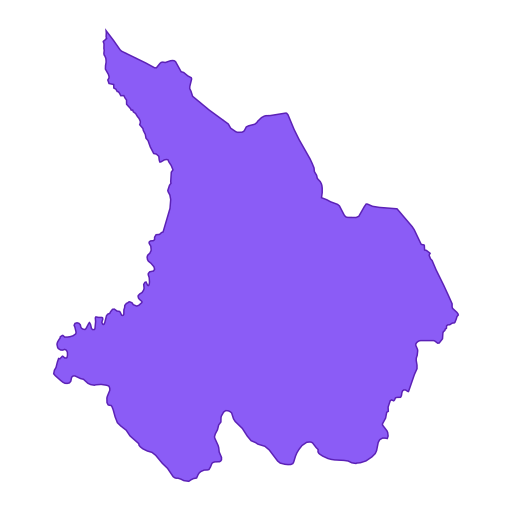 outline of Son Hoa, Phú Yên, Vietnam
{"feature_id": "81297802B61701358015931", "entity_name": "Son Hoa", "entity_type": "district", "adm_level": 2, "iso_a3": "VNM", "parent_name": "Vietnam", "parent_adm1": "Phú Yên", "projection": "robinson", "projection_center": [108.871, 13.205], "detail": "fine", "context": "isolated", "style": "filled", "palette": "violet", "viewbox_px": 512, "rotation_deg": 0, "n_neighbors": 0, "source": "geoboundaries", "source_scale": "gbopen_adm2", "svg_char_len": 5999}
<svg xmlns="http://www.w3.org/2000/svg" viewBox="0 0 512 512"><path d="M106.1,30.7L106.3,32.7L106.1,36.8L106.6,38.6L105.6,39.2L104.5,40.6L103.6,41.0L103.2,41.7L103.9,43.3L104.0,44.6L103.9,48.6L104.2,50.3L103.9,53.4L104.1,54.9L104.8,55.9L105.8,58.2L106.0,59.8L106.1,62.2L105.5,65.7L105.4,69.1L108.4,74.4L109.1,76.9L108.9,78.1L107.8,80.0L109.0,83.5L113.7,84.5L113.8,88.0L115.9,89.2L117.2,91.5L118.4,91.8L119.5,93.2L120.8,95.7L123.8,95.6L125.1,98.1L126.5,100.0L126.6,104.3L130.5,108.6L131.2,110.1L132.7,110.1L133.3,111.8L135.6,113.5L137.5,116.6L139.0,118.4L140.3,121.2L140.3,122.9L139.7,124.7L142.9,128.5L143.3,130.4L145.3,134.4L146.0,138.2L148.0,140.5L150.3,147.0L153.7,153.5L156.4,154.1L158.8,156.3L159.2,159.9L159.8,162.0L160.7,162.0L164.5,159.8L166.7,159.5L168.0,159.8L168.8,161.8L171.2,165.5L172.8,169.4L172.9,170.0L171.3,172.2L170.7,182.0L171.0,183.2L169.5,185.3L167.8,190.4L168.1,191.7L169.9,195.1L170.7,199.6L170.0,208.4L163.1,231.9L161.5,232.6L159.5,234.4L156.1,234.7L154.7,237.0L154.5,238.0L154.7,239.2L154.0,240.2L153.2,240.7L150.7,240.9L149.5,241.6L149.1,242.3L149.2,243.4L150.8,246.2L151.2,250.3L149.9,253.1L147.7,255.2L147.1,257.1L147.5,259.6L148.4,261.2L151.0,263.3L153.9,266.7L154.6,269.2L153.5,271.0L149.7,271.8L148.3,273.5L148.2,274.7L149.2,277.7L149.5,282.0L149.3,283.8L148.8,285.2L148.3,285.6L147.6,285.3L146.0,282.0L144.9,282.4L143.7,284.4L144.1,288.3L143.6,290.1L142.1,292.5L139.8,293.9L138.2,295.6L138.1,296.5L138.5,298.1L139.5,299.4L141.7,301.3L142.0,302.0L141.7,302.7L138.8,305.3L136.7,306.1L133.3,304.7L132.0,302.8L129.7,301.8L128.9,301.9L127.8,302.8L126.4,303.4L124.8,305.4L124.6,307.7L123.9,309.8L123.8,314.2L123.4,315.1L122.7,315.5L121.6,315.2L120.2,312.2L119.5,311.4L117.1,311.1L114.3,309.1L112.5,309.3L110.6,311.7L109.7,313.4L107.8,314.1L106.5,315.7L104.8,322.5L104.2,324.0L103.6,324.5L102.8,324.3L101.8,322.4L102.8,319.1L102.5,317.7L101.6,317.4L98.5,317.4L95.9,316.9L95.3,317.9L95.6,321.6L95.0,328.2L94.8,329.0L94.2,329.6L92.6,329.6L91.5,328.5L90.5,324.4L89.5,322.6L88.9,323.1L86.0,328.6L85.0,329.5L83.1,329.2L81.6,328.3L80.9,327.3L80.3,324.8L78.9,323.3L77.0,322.8L75.0,323.4L74.1,325.3L74.9,327.2L76.1,332.3L75.7,333.9L73.0,335.8L70.0,336.7L67.2,337.1L64.7,337.1L63.0,335.5L62.4,335.4L60.3,336.8L60.0,338.3L59.1,339.4L57.6,342.0L57.1,343.5L57.0,344.6L57.7,347.7L58.5,348.7L60.6,350.0L62.8,350.1L64.5,349.4L65.8,349.8L66.7,350.7L67.4,352.3L67.5,355.2L67.0,357.5L66.6,357.9L64.8,358.0L63.0,356.4L62.4,356.2L59.9,358.8L58.6,358.5L57.4,362.0L56.0,367.5L54.4,370.2L53.7,373.8L55.3,375.7L60.7,380.5L63.0,382.3L65.0,383.3L67.3,383.4L69.4,382.9L70.8,381.2L71.5,377.8L72.1,376.7L73.1,376.0L74.9,375.9L80.6,378.6L83.5,379.3L87.9,383.3L90.7,384.6L94.4,385.2L95.7,384.8L101.1,384.4L106.4,385.2L108.3,385.8L109.1,386.4L109.5,387.5L109.8,388.6L109.8,390.3L107.3,396.4L106.9,398.0L107.0,402.6L108.1,404.8L109.0,405.2L111.2,405.5L112.0,406.7L113.2,409.8L115.1,416.8L117.4,422.7L120.9,426.1L126.2,430.2L130.0,435.9L138.7,443.6L139.1,445.4L140.4,446.9L142.8,448.8L147.3,451.0L152.0,452.4L155.7,455.3L162.3,463.3L167.5,468.3L173.1,476.6L174.6,477.7L176.1,478.2L178.0,478.2L180.8,479.1L183.8,480.6L188.8,481.3L191.0,479.8L193.4,478.6L196.6,478.0L198.1,474.6L199.3,472.8L200.9,471.5L204.1,470.1L207.8,469.9L209.0,469.5L210.4,467.1L211.9,463.4L212.8,462.6L214.7,461.9L219.6,461.7L220.7,461.0L221.5,459.8L221.5,457.4L219.2,452.0L218.7,447.6L218.1,445.5L214.7,438.0L214.5,436.7L215.3,433.9L217.5,429.7L218.7,424.9L220.9,422.0L221.0,417.5L221.4,416.0L223.6,412.1L225.7,410.6L228.3,410.8L230.2,411.7L231.6,412.9L233.5,418.8L235.2,421.5L242.4,428.5L247.2,436.0L251.1,440.7L255.6,442.6L257.8,444.1L264.9,446.3L269.2,449.9L277.6,461.0L280.2,463.1L285.0,464.3L288.1,464.6L290.8,464.5L292.8,463.6L293.7,462.0L295.5,456.1L296.9,452.8L298.9,449.5L302.0,445.5L306.7,442.3L309.4,442.0L311.0,442.1L312.5,442.8L316.1,447.5L318.1,449.5L318.0,451.9L318.8,453.3L319.8,454.2L322.7,456.1L327.9,458.5L331.2,459.4L334.6,459.9L343.9,460.4L348.1,461.0L351.8,462.8L356.0,463.5L356.5,463.1L360.5,462.7L366.0,460.9L371.9,456.9L375.2,453.6L376.1,451.7L376.6,450.5L378.2,442.5L379.7,439.7L382.5,438.1L385.1,438.1L387.3,438.5L388.1,436.0L387.7,432.6L387.0,430.9L382.5,425.0L382.5,423.8L385.6,418.1L386.7,412.3L388.3,411.3L388.1,407.1L390.2,400.8L391.5,399.9L393.7,400.8L394.5,400.0L395.5,397.8L397.0,397.4L400.4,397.3L400.9,396.8L401.5,395.3L401.9,392.6L402.6,390.8L403.9,389.9L405.6,390.0L407.6,391.3L408.3,391.6L408.6,391.3L414.4,374.5L417.0,368.7L417.0,365.2L416.2,360.3L416.3,358.0L417.2,355.3L417.7,350.8L417.5,349.4L415.8,345.4L415.8,344.0L416.6,342.7L417.8,341.6L419.3,340.8L420.6,340.6L433.5,340.6L434.5,340.8L437.7,343.2L439.2,343.0L442.5,338.8L442.9,332.9L443.4,331.7L444.8,330.5L445.3,329.0L446.4,328.4L446.6,325.8L447.7,324.9L449.8,324.7L452.3,323.1L454.3,322.9L454.9,322.4L456.2,319.2L457.0,316.5L458.3,315.0L458.0,313.9L456.9,312.4L452.5,308.3L452.1,306.7L452.1,303.8L448.5,295.7L443.7,285.3L436.0,269.7L432.1,260.5L430.5,258.8L429.2,255.5L429.2,254.9L430.1,253.3L426.4,250.4L424.6,250.0L424.3,245.3L423.9,244.9L421.6,244.5L421.0,244.0L414.3,229.9L412.3,226.8L397.0,208.8L379.3,207.4L372.5,206.3L367.5,204.1L366.2,204.0L364.4,206.5L358.8,216.3L356.1,217.5L347.8,217.4L346.2,217.1L345.1,216.2L344.1,214.9L339.5,206.0L337.6,204.4L330.6,201.8L326.9,199.8L321.5,197.7L322.2,192.6L322.2,188.1L321.9,185.6L321.4,183.9L320.3,181.7L317.3,178.4L316.6,175.3L314.4,171.6L314.0,167.9L312.2,163.5L310.1,159.0L299.2,139.8L294.1,129.5L288.0,114.8L286.6,113.2L285.5,113.1L270.1,115.6L266.0,115.7L264.3,116.1L261.5,117.6L257.9,121.0L256.8,122.6L254.8,124.2L248.6,125.8L246.3,126.9L244.3,130.7L243.4,131.5L242.0,132.2L238.9,132.3L237.3,132.3L235.8,131.7L230.7,128.2L228.3,124.0L209.0,109.9L192.6,96.3L191.0,91.3L189.7,88.6L189.8,86.4L191.6,79.1L191.5,78.4L191.2,77.7L187.8,75.9L183.7,72.5L181.1,71.7L175.5,61.6L174.1,60.7L172.4,60.5L170.3,60.8L165.3,62.5L162.6,62.1L161.2,62.4L159.9,63.5L156.4,67.8L154.6,67.8L146.0,63.1L121.6,51.2L120.0,49.7L113.5,40.4L106.1,30.7Z" fill="#8b5cf6" stroke="#5b21b6" stroke-width="1.5"/></svg>